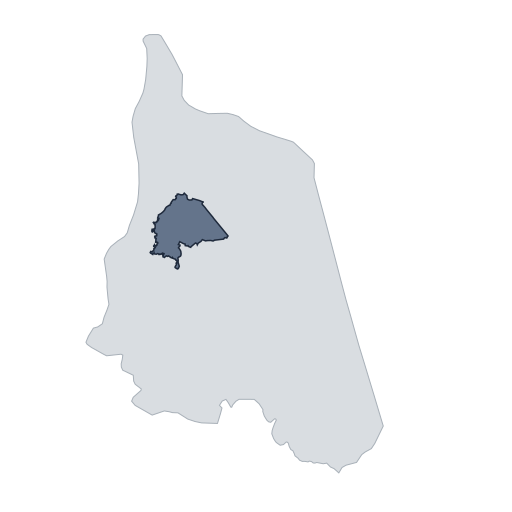 Ar-Raqqa, Ar Raqqah, Syria shown in context, rotated 287°
{"feature_id": "27442178B57458390277946", "entity_name": "Ar-Raqqa", "entity_type": "district", "adm_level": 2, "iso_a3": "SYR", "parent_name": "Syria", "parent_adm1": "Ar Raqqah", "projection": "natural_earth1", "projection_center": [39.122, 35.826], "detail": "fine", "context": "in_parent", "style": "filled", "palette": "slate", "viewbox_px": 512, "rotation_deg": 287, "n_neighbors": 0, "source": "geoboundaries", "source_scale": "gbopen_adm2", "svg_char_len": 6190}
<svg xmlns="http://www.w3.org/2000/svg" viewBox="0 0 512 512"><g transform="rotate(287 256 256)"><path d="M80.8,179.5L85.0,179.9L93.8,185.3L95.3,185.2L98.0,178.0L100.6,175.6L106.1,173.5L107.8,162.0L110.4,159.7L113.5,158.6L118.2,158.3L122.3,157.6L122.6,155.6L116.9,142.3L117.5,138.9L120.4,125.5L122.2,120.3L123.8,118.6L130.4,119.2L139.5,121.6L141.9,125.4L146.3,128.9L153.0,128.6L160.8,129.3L166.8,129.5L171.7,127.1L182.6,122.6L188.0,121.1L192.9,119.1L208.7,111.7L215.0,112.3L219.4,113.3L222.7,114.5L230.1,119.5L236.2,124.6L240.5,126.1L248.3,126.0L259.4,126.9L273.2,126.9L281.2,125.4L291.4,122.9L309.7,116.9L333.7,104.4L347.7,98.3L353.8,97.6L361.7,97.5L369.7,99.1L378.7,100.2L382.8,100.1L392.5,98.9L405.1,96.3L413.0,94.2L422.5,90.8L428.5,85.2L430.4,84.6L432.9,85.6L434.0,86.0L436.5,89.2L439.1,97.5L439.2,98.5L438.7,100.8L432.5,107.7L424.1,116.9L418.1,122.8L407.9,132.7L400.3,134.8L387.4,138.3L383.9,141.8L380.7,147.4L378.9,155.0L378.4,159.8L378.1,168.7L381.2,177.9L384.1,186.8L384.5,192.7L384.3,198.5L381.5,204.7L378.5,213.1L376.8,222.7L376.0,240.7L376.0,256.0L375.8,258.5L370.5,269.3L364.4,281.9L361.5,284.8L347.8,288.6L332.8,297.8L316.1,308.2L300.9,317.6L285.0,327.4L268.4,337.6L256.5,344.9L240.7,354.7L226.2,364.1L211.5,373.5L200.3,380.7L183.4,392.1L173.4,398.8L158.8,408.6L145.9,417.2L130.6,427.4L111.5,424.4L105.5,422.6L100.6,417.8L97.0,415.2L88.0,412.5L82.3,403.3L78.9,400.1L72.8,398.6L75.5,392.8L76.0,388.9L78.6,384.2L77.0,381.1L76.3,374.5L75.2,372.9L74.8,371.2L75.7,369.1L75.4,366.9L74.3,366.0L73.9,362.7L73.1,360.3L73.5,357.3L74.9,355.4L76.3,351.7L77.9,350.6L80.5,348.3L81.1,345.9L83.5,343.5L86.5,341.6L87.2,340.0L86.8,339.2L83.7,337.4L82.1,334.4L83.6,329.9L84.6,328.5L86.5,326.3L90.6,323.1L93.8,322.5L96.6,322.5L101.3,322.8L105.0,323.4L105.9,322.5L105.8,321.4L101.3,318.7L101.1,316.6L102.2,314.3L105.4,310.7L109.2,308.0L111.2,307.5L115.6,302.2L118.4,296.2L114.0,281.7L111.3,279.3L106.9,277.3L104.3,277.0L104.1,276.1L107.6,272.4L110.1,269.2L107.4,266.1L102.5,264.7L100.7,267.9L94.4,268.1L84.6,268.1L80.5,252.8L79.9,246.1L80.1,238.4L83.2,227.2L81.8,221.9L81.7,218.4L81.0,213.6L73.5,203.2L77.8,184.1L80.8,179.5Z" fill="#d9dde1" stroke="#a8b0b8" stroke-width="1"/><path d="M228.3,158.6L228.7,160.4L229.5,161.0L229.6,161.6L229.6,161.9L229.3,162.3L229.5,162.7L229.1,163.0L229.8,163.7L229.7,164.4L230.3,164.7L230.2,165.0L231.4,165.6L231.4,167.2L231.1,167.1L230.7,167.3L230.5,167.0L230.6,166.5L230.2,166.3L229.4,166.7L229.5,167.2L228.1,167.2L228.1,167.9L228.0,168.0L227.8,168.8L228.3,169.1L229.2,169.6L229.2,169.8L230.0,170.4L229.8,171.6L230.5,172.1L230.3,172.7L230.4,173.2L229.8,174.3L229.9,174.6L229.6,175.0L229.6,175.7L229.5,176.4L230.1,176.5L229.6,177.1L229.5,178.0L229.4,178.2L229.3,178.6L229.5,179.4L229.3,179.7L228.8,180.7L228.5,180.7L228.3,181.5L228.0,181.8L227.9,182.1L227.6,182.4L227.2,182.2L225.8,181.7L225.1,182.1L225.2,182.4L223.8,182.3L223.1,182.0L222.0,181.8L221.3,182.0L220.9,183.3L220.7,183.7L221.0,184.1L220.7,184.9L221.1,185.2L221.3,185.2L221.9,185.5L223.8,185.6L225.5,184.5L227.3,183.3L229.1,182.9L231.2,181.9L231.7,182.0L232.4,182.4L232.7,182.9L233.0,183.1L233.5,183.6L234.3,184.0L236.0,183.8L237.2,183.3L238.5,182.7L239.4,181.9L240.3,180.8L241.0,179.9L241.1,179.5L241.5,179.4L242.3,179.8L243.2,180.3L244.2,180.2L244.2,179.8L244.2,178.6L244.2,178.4L245.9,178.7L246.6,178.9L246.9,178.8L247.2,179.0L247.4,179.0L246.6,183.1L246.7,184.8L245.9,185.0L245.2,185.3L245.6,187.8L246.0,188.0L245.3,189.0L245.2,191.0L245.6,191.0L250.3,194.0L250.8,194.5L250.4,196.0L249.5,196.6L251.4,197.0L253.9,199.1L256.0,199.9L255.7,203.3L256.5,204.9L257.6,208.1L257.8,210.5L258.2,211.1L258.9,211.5L262.7,220.1L262.8,220.1L263.0,220.1L263.3,220.2L263.4,220.3L263.5,220.3L263.8,220.4L263.9,220.5L264.0,220.5L264.3,220.7L264.3,220.8L264.5,220.9L264.5,221.0L264.6,221.3L264.6,221.5L264.6,221.8L264.6,222.0L264.6,222.3L264.6,222.5L264.8,222.7L264.8,222.8L265.0,222.8L265.3,222.8L265.5,222.9L265.8,222.9L265.8,223.0L266.0,223.0L266.7,223.4L267.0,223.4L268.3,221.5L279.6,204.5L280.4,203.5L285.7,195.5L286.7,194.1L287.6,192.9L288.0,192.2L288.7,191.1L289.0,190.8L289.1,190.1L289.6,189.6L290.0,189.2L291.5,189.1L292.0,189.7L292.3,189.6L292.3,189.2L292.2,189.1L292.5,185.7L292.4,178.6L290.9,178.3L290.0,175.9L290.3,173.9L292.2,172.7L293.4,172.4L295.1,169.0L293.5,168.5L292.8,167.2L292.5,165.8L292.6,165.4L292.5,164.3L292.6,163.5L292.1,162.6L291.7,162.8L291.5,162.6L291.1,162.6L290.8,162.5L290.4,162.4L290.1,161.8L289.5,161.7L288.7,162.7L287.9,162.9L287.9,162.6L287.6,162.5L286.2,162.2L285.7,160.3L282.5,159.2L282.2,159.2L282.0,159.3L281.8,159.2L281.5,159.4L280.8,158.9L279.3,158.8L279.1,158.1L277.8,157.0L276.6,156.0L274.7,155.3L273.6,155.3L271.9,154.6L271.3,154.3L270.0,153.5L269.2,153.0L268.2,152.1L266.7,150.7L266.1,150.9L263.7,150.8L263.6,152.2L262.4,152.2L262.3,151.3L261.1,151.3L261.0,151.9L260.4,151.6L260.3,151.3L259.7,151.3L259.7,150.9L259.5,150.6L259.0,150.4L258.7,150.6L258.5,149.9L258.3,149.6L258.3,149.2L258.4,148.9L258.3,148.7L258.2,148.6L258.2,148.4L258.4,148.3L258.3,148.1L258.0,148.0L257.9,148.3L256.9,149.2L256.9,149.8L256.5,150.4L255.6,150.5L255.3,150.8L253.0,151.4L252.9,151.4L253.0,151.2L252.6,151.0L252.7,150.9L252.2,150.6L251.7,150.1L251.6,149.6L251.1,148.8L250.8,149.1L250.4,149.3L249.8,149.0L249.6,149.2L249.2,149.2L249.0,149.4L248.9,149.4L248.6,149.8L248.9,150.1L249.0,150.3L250.3,150.6L250.3,150.9L251.2,151.0L250.3,151.4L249.6,151.8L248.8,152.3L248.3,152.9L248.3,153.4L248.4,153.7L248.1,154.3L248.1,154.7L246.9,155.0L247.0,154.7L246.7,154.7L246.3,155.0L246.1,154.8L246.2,154.5L245.6,154.1L245.4,153.5L244.8,153.5L244.7,153.9L243.8,154.0L243.9,154.7L243.6,155.4L242.8,155.3L242.7,155.5L239.8,156.0L239.8,156.4L240.4,156.4L240.2,158.0L239.7,158.1L239.6,158.3L238.8,158.0L238.3,158.0L238.2,157.9L238.1,158.0L237.6,158.1L237.5,157.9L236.4,157.5L236.8,156.1L236.7,155.7L236.9,155.6L235.6,155.2L235.1,155.5L235.0,156.9L234.7,157.2L234.3,157.0L234.0,156.9L233.0,156.5L232.9,156.2L232.5,156.4L232.0,156.5L231.7,156.5L230.3,155.7L229.8,156.0L229.7,155.9L229.6,154.0L228.3,153.8L227.9,154.4L227.8,155.8L227.6,155.8L227.3,156.8L227.7,156.8L227.9,156.9L228.1,157.2L228.3,157.4L228.4,157.8L228.9,157.8L228.6,158.0L228.3,158.6Z" fill="#64748b" stroke="#1e293b" stroke-width="1.5"/></g></svg>